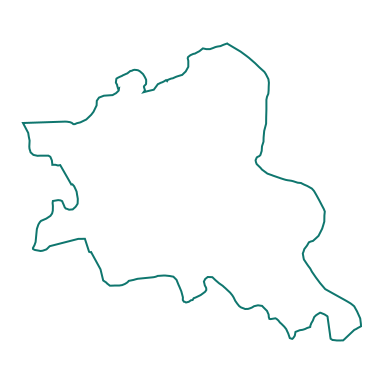 outline of Shubra Khît, Al Buhayrah, Egypt
{"feature_id": "37247803B97013363059523", "entity_name": "Shubra Khît", "entity_type": "district", "adm_level": 2, "iso_a3": "EGY", "parent_name": "Egypt", "parent_adm1": "Al Buhayrah", "projection": "mercator", "projection_center": [30.677, 31.003], "detail": "fine", "context": "isolated", "style": "outline", "palette": "teal", "viewbox_px": 384, "rotation_deg": 0, "n_neighbors": 0, "source": "geoboundaries", "source_scale": "gbopen_adm2", "svg_char_len": 5765}
<svg xmlns="http://www.w3.org/2000/svg" viewBox="0 0 384 384"><path d="M23.0,123.0L24.1,125.1L28.2,132.9L28.8,136.7L29.6,140.6L29.3,146.6L29.4,147.8L29.5,148.8L30.2,151.0L30.6,152.4L32.3,153.9L33.4,154.9L35.2,155.3L37.5,155.8L39.5,155.7L41.7,155.7L43.5,155.7L46.0,155.7L47.3,155.7L48.5,155.7L49.0,156.0L49.7,156.4L50.3,156.8L50.6,157.4L51.4,159.3L51.9,160.5L52.0,161.6L52.1,162.5L52.3,164.0L52.3,164.8L55.5,164.8L58.0,165.5L60.2,165.1L60.5,165.6L67.5,177.8L71.3,184.5L72.4,184.3L74.1,186.2L75.3,188.7L76.6,191.6L77.1,194.9L77.4,196.5L77.8,198.9L77.7,201.9L77.6,203.7L76.1,206.1L75.3,207.1L74.6,207.7L72.7,209.4L69.1,209.7L68.1,209.3L67.1,208.9L65.7,208.5L64.6,207.1L64.1,205.7L62.6,202.3L62.2,201.2L60.6,200.4L58.2,200.1L55.8,200.5L52.9,201.0L52.6,203.0L52.9,206.0L52.8,210.7L52.1,213.5L50.4,215.9L46.3,218.6L41.0,220.9L39.8,222.2L38.4,224.5L36.9,228.9L36.7,230.7L36.4,233.7L35.6,242.0L34.5,245.1L32.9,248.1L33.1,249.1L34.5,249.8L35.1,250.0L37.9,250.5L40.6,251.0L42.7,250.7L44.4,250.1L46.4,249.4L47.2,248.7L49.7,246.2L78.2,238.9L84.9,238.8L89.1,251.8L90.6,252.3L91.1,252.1L100.5,269.3L103.2,280.5L106.5,282.7L106.7,283.2L108.4,284.5L109.9,285.7L110.8,285.7L115.8,285.5L116.6,285.5L119.5,285.5L122.1,285.1L124.8,284.0L126.8,282.8L128.1,281.7L128.7,280.9L129.6,280.7L130.2,280.6L133.6,279.9L135.3,279.4L137.6,278.8L139.6,278.6L152.7,277.3L153.6,277.2L154.6,277.0L156.1,276.6L157.8,275.9L159.6,275.8L164.1,275.5L164.8,275.5L169.7,276.0L173.4,276.7L174.5,277.8L176.5,279.8L178.6,285.0L179.3,286.5L181.3,291.3L182.0,293.9L182.3,295.0L182.9,297.3L182.8,300.0L183.9,301.7L184.7,301.8L186.0,302.5L188.8,301.8L190.9,300.3L192.6,300.0L193.7,298.2L195.4,297.6L197.3,296.7L200.2,295.3L200.9,294.9L203.5,293.0L205.2,291.7L206.3,290.0L206.2,288.1L205.7,287.0L204.8,285.4L204.4,283.5L203.9,281.6L204.7,280.0L205.2,279.0L206.6,277.9L207.7,277.0L210.8,277.1L212.4,277.2L215.5,280.2L216.9,281.4L219.1,283.3L222.7,285.8L224.0,287.0L225.4,288.2L227.4,290.1L230.1,292.6L232.3,295.3L233.6,297.4L233.9,298.0L235.3,300.9L237.2,303.6L239.2,306.1L241.0,307.4L241.5,307.6L244.2,308.6L245.1,309.0L248.1,308.9L250.0,308.3L250.5,308.1L251.8,307.6L254.1,306.2L258.0,305.3L262.1,305.9L263.3,307.2L265.7,309.6L267.0,310.9L267.7,312.5L267.9,313.0L268.6,314.5L268.8,317.1L269.4,318.9L270.6,319.1L275.4,318.3L276.6,318.9L277.0,319.3L278.3,320.4L280.0,322.6L280.6,323.1L281.6,324.0L284.3,326.7L286.2,329.1L287.2,331.3L288.2,333.4L289.8,338.1L292.2,338.9L293.0,338.3L293.3,337.9L293.8,337.2L294.5,336.2L294.8,335.6L295.2,333.6L295.3,332.7L295.5,331.9L296.0,331.7L298.3,330.8L299.0,330.5L299.8,330.2L300.5,330.1L302.6,329.8L304.8,329.1L305.3,328.9L307.1,328.0L310.2,327.0L310.3,326.3L310.4,325.5L310.9,324.4L311.2,323.4L312.8,320.7L314.2,317.1L316.1,315.2L317.8,314.1L320.1,312.7L320.9,312.9L324.5,314.4L326.5,315.7L327.3,316.2L327.6,316.8L327.7,318.0L330.0,334.4L330.2,336.2L330.6,338.7L332.5,340.0L334.0,340.1L337.1,340.5L343.1,340.4L344.7,339.0L345.4,338.3L354.3,329.9L356.4,328.9L357.6,328.1L361.0,326.3L360.9,324.0L360.2,318.4L357.9,313.3L357.1,311.5L354.2,306.3L352.4,304.8L350.7,303.5L349.4,302.7L346.7,301.1L344.4,299.8L333.4,293.7L325.2,289.1L320.0,283.0L318.6,281.1L315.9,277.5L311.9,271.7L310.2,268.5L308.6,266.4L307.8,265.3L306.3,263.1L303.9,259.5L303.4,257.2L303.3,256.3L303.1,255.4L302.8,253.5L303.6,251.4L304.3,249.1L307.0,245.6L308.9,242.3L310.8,241.5L313.0,240.9L315.8,238.4L318.5,235.9L320.4,232.2L322.2,228.6L323.3,225.0L324.3,221.6L324.4,215.5L324.8,211.5L323.8,209.0L322.1,205.8L320.6,202.9L319.3,200.4L316.9,196.0L316.0,194.4L314.2,191.3L313.6,190.5L311.9,188.6L311.4,188.3L308.4,186.6L307.1,185.9L304.1,184.6L302.1,183.6L301.0,183.0L297.7,182.7L293.1,181.2L292.2,181.0L291.5,180.8L288.9,180.4L288.0,180.3L285.9,179.9L284.5,179.5L283.2,179.1L280.7,178.3L279.3,177.8L278.1,177.4L272.9,175.6L272.2,175.3L270.2,174.6L267.4,173.6L264.7,171.6L262.0,169.6L260.4,167.7L256.7,164.1L256.0,162.3L255.7,160.9L255.6,160.2L255.9,159.5L256.8,157.4L258.0,156.7L259.3,156.1L260.4,155.0L261.7,150.9L262.0,146.3L263.5,141.7L263.6,137.5L264.2,130.9L266.1,123.7L266.2,116.7L266.3,113.1L266.4,109.6L266.4,99.8L267.0,96.8L268.3,93.8L268.6,90.6L268.7,86.8L268.9,82.7L268.4,79.1L265.9,74.2L264.4,71.9L261.3,69.1L259.3,67.3L255.0,63.1L248.9,57.8L246.3,55.8L240.6,51.6L234.2,47.8L227.5,43.8L227.2,43.5L226.6,43.7L224.0,44.6L222.5,45.2L220.5,46.1L217.8,46.5L216.4,46.8L215.7,47.0L214.8,47.3L213.4,47.9L212.3,48.3L210.0,49.1L208.1,49.1L206.2,49.1L202.9,48.4L199.4,51.2L196.9,52.5L194.9,53.6L193.3,53.9L191.5,54.7L190.4,55.2L188.1,57.0L187.7,58.2L188.3,60.9L188.3,64.5L188.3,66.8L187.6,68.1L186.7,69.7L185.7,71.5L183.8,73.3L182.2,74.9L180.8,75.3L177.2,76.4L175.3,77.1L174.6,77.5L173.8,77.8L173.1,78.2L172.2,78.4L171.1,78.6L170.3,78.9L169.3,79.3L167.8,79.9L167.1,81.1L166.1,80.1L164.6,81.0L164.0,81.4L162.6,82.1L161.9,82.4L161.0,82.7L160.4,82.9L159.6,83.4L157.8,84.2L157.4,84.8L156.9,85.5L153.8,89.7L147.4,91.2L143.6,92.2L145.0,90.3L144.8,89.7L144.2,87.9L143.9,86.8L144.0,86.3L144.5,85.7L145.3,84.9L146.0,84.1L146.1,83.6L146.1,82.5L146.2,81.6L146.1,79.7L145.0,77.4L144.5,76.5L143.1,74.2L142.6,73.7L140.8,72.1L140.0,71.4L139.0,70.8L138.1,70.3L136.5,70.0L134.3,69.8L132.6,70.3L131.8,70.8L130.9,70.9L130.1,71.1L129.5,71.7L128.5,72.4L127.5,73.3L126.3,73.8L125.4,74.2L124.3,74.7L122.9,75.3L121.8,76.0L120.5,76.5L119.4,77.0L118.6,77.4L117.6,77.9L116.5,78.6L116.3,79.1L116.2,80.0L115.9,82.2L115.9,82.7L117.1,84.8L117.2,85.8L117.7,87.3L117.8,87.9L118.2,88.9L119.0,88.4L118.7,90.5L118.1,91.2L116.0,93.2L114.3,94.1L112.6,95.1L103.9,95.7L99.0,97.6L96.8,100.8L96.6,105.4L93.5,111.8L91.2,114.8L86.3,119.5L80.7,122.2L80.2,122.4L79.0,122.7L76.9,123.2L74.9,124.1L73.3,124.1L71.7,122.8L70.8,122.5L69.8,122.1L68.9,122.0L67.7,121.8L66.9,121.7L66.1,121.7L65.3,121.6L23.0,123.0Z" fill="none" stroke="#0f766e" stroke-width="2"/></svg>